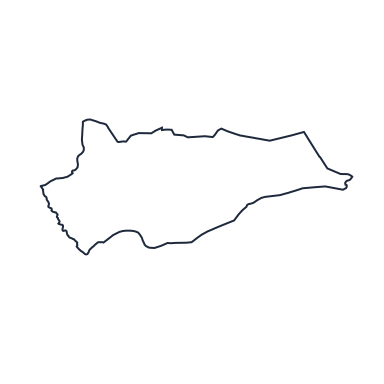 As Salafiyyah, Raymah, Yemen (Mercator projection), rotated 113°
{"feature_id": "15242507B36893334490361", "entity_name": "As Salafiyyah", "entity_type": "district", "adm_level": 2, "iso_a3": "YEM", "parent_name": "Yemen", "parent_adm1": "Raymah", "projection": "mercator", "projection_center": [43.857, 14.695], "detail": "fine", "context": "isolated", "style": "outline", "palette": "slate", "viewbox_px": 384, "rotation_deg": 113, "n_neighbors": 0, "source": "geoboundaries", "source_scale": "gbopen_adm2", "svg_char_len": 4749}
<svg xmlns="http://www.w3.org/2000/svg" viewBox="0 0 384 384"><g transform="rotate(113 192 192)"><path d="M128.2,51.7L126.7,51.6L125.2,52.4L125.3,53.6L124.9,53.7L124.0,54.5L122.5,54.4L121.5,54.0L120.8,53.4L120.2,52.5L119.6,51.9L118.6,51.2L117.1,50.8L115.8,50.5L115.2,50.5L114.9,51.9L114.6,53.8L114.7,55.4L115.4,57.4L116.2,59.3L117.4,62.3L117.4,76.6L113.6,82.2L110.4,86.9L110.2,87.1L109.9,87.6L109.9,88.2L105.2,95.0L93.0,112.4L101.0,122.5L111.8,137.0L114.2,140.2L114.4,140.5L116.2,148.3L116.4,149.4L117.7,154.7L117.8,155.5L119.9,164.3L120.4,166.7L121.2,170.0L121.4,172.6L121.6,174.5L121.8,177.6L121.9,178.1L121.9,178.8L122.0,179.8L122.0,180.2L122.2,182.4L122.2,185.4L122.2,189.8L125.3,192.2L130.5,193.3L133.3,194.3L135.6,201.9L143.3,217.2L143.1,221.8L143.6,223.2L146.0,230.4L146.1,230.8L142.7,235.0L143.6,237.6L144.8,240.5L146.7,243.9L146.3,244.1L144.6,244.8L146.8,246.8L149.6,249.4L153.9,252.4L154.5,254.0L156.1,257.9L158.6,264.1L159.2,264.7L161.2,267.1L161.7,267.7L164.0,270.3L171.2,272.3L171.6,272.8L172.3,275.1L174.7,279.1L174.8,279.3L174.7,280.4L165.8,294.1L165.1,294.8L163.5,297.3L163.5,299.5L164.3,303.9L164.3,304.1L164.4,308.0L164.5,308.7L165.0,313.8L166.0,316.1L167.4,317.8L169.9,319.9L171.4,319.3L172.3,318.9L172.8,318.7L177.4,317.2L177.6,317.1L179.9,316.3L180.9,315.9L182.8,315.2L185.7,314.2L187.1,313.7L187.6,313.4L191.2,311.3L193.4,308.9L193.5,308.8L194.8,308.4L195.7,308.0L197.4,308.0L197.5,308.0L199.9,308.8L201.6,309.9L203.5,310.8L206.1,310.7L208.0,309.8L208.7,309.4L209.1,309.1L211.3,307.7L211.8,307.6L214.1,307.0L216.5,307.7L217.7,308.4L218.5,309.4L218.8,310.1L219.7,310.5L220.6,310.3L221.3,309.2L221.9,309.4L222.7,309.9L226.5,312.5L227.6,313.8L227.9,314.3L228.4,314.9L229.5,316.3L231.9,320.7L232.7,322.4L233.4,322.9L235.1,324.4L235.9,325.1L237.5,326.5L240.4,328.2L242.7,329.7L242.8,329.7L245.6,333.5L246.1,333.3L246.2,332.8L246.2,332.2L246.7,331.8L247.1,331.5L247.4,331.0L247.7,330.4L247.9,330.0L248.6,329.9L249.1,329.5L249.7,329.2L250.6,328.7L251.4,328.1L251.9,327.9L252.2,327.5L252.6,326.8L253.0,326.4L253.4,325.5L253.4,324.8L253.6,324.3L254.4,323.4L255.6,322.9L255.9,322.6L256.2,322.1L256.6,321.5L257.0,320.8L257.4,320.2L258.0,319.7L258.5,319.1L259.3,318.9L260.1,318.8L260.9,318.8L261.7,318.5L261.9,318.0L262.1,317.0L262.0,316.4L262.0,315.7L262.0,315.0L262.4,314.5L263.0,314.2L263.3,314.2L263.9,314.2L264.2,313.6L264.5,312.8L264.5,311.8L264.3,311.1L264.3,310.7L264.3,310.2L264.1,309.8L264.0,309.3L264.3,308.8L264.7,308.3L264.8,307.7L265.0,307.2L265.4,306.9L266.0,306.8L266.3,306.8L266.9,306.8L267.7,306.7L268.0,306.4L268.2,305.6L268.5,305.1L269.1,304.8L269.5,304.4L269.8,303.8L270.2,303.1L270.7,302.5L271.1,302.3L272.0,302.3L272.7,302.4L273.2,302.7L273.4,302.5L273.4,302.3L273.4,302.0L273.4,301.0L273.1,299.1L272.9,298.7L273.0,298.2L273.3,297.7L273.8,297.4L275.0,297.0L276.1,296.9L277.2,296.5L277.8,296.2L278.1,295.6L277.9,294.8L277.3,294.3L277.0,293.9L276.9,293.2L276.9,292.6L277.2,292.1L277.9,291.6L279.1,290.9L279.3,290.7L279.7,290.3L280.1,289.9L280.5,289.5L280.6,289.2L280.6,288.7L280.8,288.5L280.9,288.4L281.3,287.9L281.6,287.3L281.7,286.6L281.7,285.8L281.6,284.4L281.6,284.2L281.8,283.6L281.8,283.1L281.6,282.5L281.7,281.8L282.0,281.4L282.3,281.0L282.7,279.6L283.0,278.9L283.3,278.3L283.4,277.9L283.7,277.7L284.5,277.6L284.9,277.5L285.5,276.9L285.9,276.7L286.0,276.7L286.6,276.7L287.1,276.9L287.7,276.2L288.0,275.4L288.6,274.1L289.1,273.0L289.3,272.1L289.7,271.3L289.8,270.0L290.0,269.2L290.1,268.6L290.4,268.0L290.7,266.8L291.0,266.1L290.9,265.4L290.7,264.9L290.3,264.3L290.1,264.1L289.8,264.0L289.1,263.8L287.8,263.7L287.0,263.7L286.4,263.7L285.7,263.7L285.2,263.7L284.6,263.5L284.1,263.2L283.0,262.7L281.8,262.3L280.5,261.4L278.7,260.8L276.9,259.9L275.2,259.0L274.6,258.1L273.2,254.8L273.1,254.1L273.1,253.7L272.6,253.4L271.8,253.0L270.5,252.2L270.4,252.2L269.6,251.7L267.0,250.3L266.9,250.2L265.5,249.4L264.0,248.6L262.5,247.8L259.2,245.0L257.2,243.3L255.1,240.7L254.1,238.9L253.4,237.7L252.1,234.7L251.0,231.5L250.6,229.8L250.4,228.3L250.4,226.6L250.4,225.6L251.9,222.9L253.7,220.3L256.1,218.2L257.5,216.5L259.0,215.0L259.8,213.1L260.0,209.9L259.1,207.1L258.2,204.7L255.8,201.9L254.9,200.9L253.7,199.5L248.5,194.6L247.4,191.4L245.2,187.1L244.7,186.0L244.0,184.4L241.0,177.6L238.4,172.8L236.4,171.6L232.4,169.4L227.8,166.6L227.5,166.5L227.1,166.1L222.4,162.4L222.0,162.0L221.9,162.0L219.4,159.5L216.4,156.7L211.1,151.5L206.4,146.8L201.7,142.1L194.3,140.3L193.9,140.1L193.7,140.1L188.9,138.4L188.5,138.2L184.3,136.1L182.6,136.2L181.2,135.4L179.5,133.0L178.2,131.5L176.6,130.3L174.1,128.8L170.4,125.9L168.0,122.9L160.5,109.8L156.1,104.3L155.5,103.4L153.7,101.4L152.8,100.3L151.0,98.1L147.2,93.7L145.4,91.7L139.4,80.4L134.8,71.5L131.0,54.3L130.9,53.9L128.2,51.7Z" fill="none" stroke="#1e293b" stroke-width="2"/></g></svg>